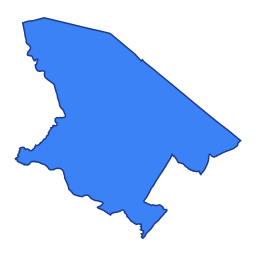 the district of Emurua Dikirr, Rift Valley, Kenya
{"feature_id": "3690345B94519254853834", "entity_name": "Emurua Dikirr", "entity_type": "district", "adm_level": 2, "iso_a3": "KEN", "parent_name": "Kenya", "parent_adm1": "Rift Valley", "projection": "mercator", "projection_center": [35.07, -1.004], "detail": "fine", "context": "isolated", "style": "filled", "palette": "blue", "viewbox_px": 256, "rotation_deg": 0, "n_neighbors": 0, "source": "geoboundaries", "source_scale": "gbopen_adm2", "svg_char_len": 5755}
<svg xmlns="http://www.w3.org/2000/svg" viewBox="0 0 256 256"><path d="M142.3,59.7L141.2,61.0L134.9,54.1L131.4,51.2L125.8,46.6L116.8,39.0L112.7,35.6L110.2,33.5L105.4,32.3L95.6,30.0L94.3,29.8L91.0,29.0L84.1,27.4L73.0,24.7L63.1,22.3L55.9,20.6L53.5,20.0L44.2,17.8L32.7,20.8L28.0,21.2L22.7,22.9L23.3,25.8L24.0,29.3L24.8,33.0L25.0,34.6L25.1,35.5L25.3,36.7L25.7,37.8L25.9,38.5L26.1,39.4L26.2,40.2L26.2,42.0L26.6,43.0L27.7,44.2L28.5,44.8L29.1,45.3L30.1,46.4L30.5,47.3L30.5,48.2L30.1,49.2L29.5,50.2L28.4,51.3L28.0,52.1L27.7,52.9L27.4,54.2L27.5,55.0L28.5,55.5L30.9,55.9L31.9,56.2L32.6,57.2L33.1,58.8L34.2,60.8L35.0,60.7L35.6,60.0L36.8,59.3L37.7,59.3L37.5,60.3L36.4,64.5L35.4,64.7L35.5,66.7L36.1,68.5L37.2,70.4L38.5,71.1L39.8,71.3L41.0,71.1L42.0,70.9L43.3,70.8L44.2,71.3L44.8,71.9L44.8,72.8L44.3,73.6L44.4,74.8L44.7,76.3L45.1,77.0L45.5,77.7L48.0,79.8L51.4,82.2L53.3,83.7L54.4,85.1L54.6,86.0L54.8,87.0L55.1,88.2L55.6,89.6L55.9,90.6L56.0,91.3L56.4,92.7L57.0,93.8L57.2,95.1L57.4,96.1L57.5,97.2L57.7,98.1L58.1,98.8L58.2,99.7L58.6,100.6L59.0,101.8L59.3,102.5L59.4,103.3L59.5,104.3L59.6,105.2L59.9,105.9L60.5,107.0L61.0,107.9L61.6,108.6L62.5,109.3L63.2,109.9L64.4,112.9L65.4,115.1L65.5,116.1L65.1,117.0L64.1,117.3L62.9,117.6L61.3,117.8L60.3,117.5L59.0,118.0L57.8,117.7L57.1,117.5L56.1,118.2L55.3,118.7L55.3,120.0L55.1,121.0L55.4,121.8L56.0,122.7L56.8,122.9L57.1,124.3L56.8,125.4L56.1,125.7L55.0,125.8L54.0,125.5L53.2,125.4L52.7,125.9L53.1,126.7L52.5,127.6L51.8,127.8L50.9,127.7L51.0,128.5L50.7,129.3L50.2,129.9L49.7,130.8L49.2,131.7L48.5,132.3L48.4,133.1L48.8,134.0L48.0,134.9L47.4,135.5L46.6,136.0L46.3,136.9L46.2,137.8L45.5,138.6L44.6,139.1L43.7,139.4L43.2,140.4L42.6,141.2L41.9,141.9L41.3,142.4L40.5,142.6L40.5,143.4L39.8,143.6L39.1,144.8L38.0,145.1L36.9,145.6L35.7,145.2L35.6,145.9L35.0,146.7L34.4,147.7L34.2,148.5L33.3,149.1L32.5,149.7L32.0,150.5L31.1,150.7L30.0,150.6L29.4,149.9L28.4,149.4L27.4,149.0L26.6,149.0L25.8,148.9L25.1,149.3L24.6,148.5L24.1,147.5L23.2,147.4L22.4,147.2L21.3,147.6L20.2,148.0L19.6,148.6L20.1,149.6L20.1,150.5L19.4,150.9L19.1,151.6L19.5,152.4L19.0,153.0L18.5,153.7L18.2,154.6L17.7,155.2L18.1,155.9L18.6,156.5L17.9,157.2L16.8,157.7L16.0,158.2L15.4,158.7L15.8,159.5L16.6,159.4L17.3,159.9L17.3,161.0L18.1,161.7L19.2,162.3L20.1,162.7L20.9,162.8L21.9,163.5L22.8,163.8L23.6,164.5L24.5,164.8L24.9,164.2L25.5,164.7L26.5,165.0L27.6,165.0L28.6,164.5L29.4,164.1L29.8,163.4L30.1,162.8L30.8,162.2L31.6,161.6L32.3,161.4L32.9,161.8L33.8,161.6L34.7,161.2L35.3,161.8L36.2,162.0L37.6,162.0L38.3,162.0L39.5,162.6L40.7,163.2L41.9,163.7L44.5,164.6L46.6,166.0L47.4,166.8L48.9,168.9L49.6,169.6L50.5,169.8L52.0,169.8L53.6,169.6L54.3,169.3L55.4,168.7L56.1,168.5L57.3,168.3L58.1,168.4L59.3,168.3L60.5,168.6L61.8,169.5L62.7,170.4L63.4,171.3L64.0,173.9L64.6,176.1L64.8,178.3L66.0,180.8L67.9,185.2L68.1,186.0L68.6,188.0L68.8,189.1L69.7,190.1L71.1,191.2L72.8,193.4L73.7,194.3L74.9,194.9L77.0,195.5L79.2,196.1L80.6,196.4L82.1,196.7L83.1,196.2L84.0,195.7L85.6,195.2L86.7,195.2L87.9,195.2L89.2,196.3L89.8,197.0L90.5,197.9L91.5,198.7L92.4,199.1L94.4,200.2L95.5,200.6L96.7,200.6L98.5,201.0L101.1,201.8L102.5,202.2L103.0,203.3L102.3,204.3L101.2,205.4L99.5,206.4L98.4,206.7L97.5,207.2L98.1,208.1L99.7,208.7L104.1,210.6L105.2,211.5L107.4,213.0L109.0,214.0L110.5,215.0L111.1,214.1L112.1,213.1L113.1,213.0L114.0,212.6L115.3,212.3L116.5,212.2L117.4,212.0L118.4,211.8L119.4,211.4L120.5,211.0L121.3,210.4L122.0,210.1L122.9,209.8L123.8,210.6L124.6,211.5L124.6,212.6L125.1,213.2L125.9,213.8L126.7,214.7L126.8,215.5L126.9,216.3L127.7,217.1L128.6,218.0L129.4,218.8L130.0,219.6L130.4,220.3L131.0,221.1L131.8,221.6L132.6,221.9L133.4,222.5L134.1,223.1L134.9,223.6L135.6,224.0L136.9,224.4L137.9,224.0L138.9,223.7L140.0,224.4L141.0,224.1L141.3,225.1L141.4,226.0L140.7,226.7L141.3,227.1L141.4,227.9L141.2,228.8L140.4,229.6L141.3,230.1L142.3,230.2L143.3,230.7L143.1,231.4L143.6,232.3L143.2,233.3L142.4,233.6L141.3,233.9L141.9,234.8L142.3,235.5L142.1,236.2L141.5,236.9L142.1,237.8L142.9,238.2L144.7,236.4L146.0,234.0L148.4,231.3L149.7,230.2L151.3,228.4L153.4,225.4L154.1,224.2L154.8,223.5L156.2,222.3L158.0,220.9L161.0,217.2L162.8,215.3L164.3,213.6L165.1,212.6L166.0,211.8L166.6,211.1L166.9,210.2L166.6,209.5L165.5,209.6L164.6,209.5L163.9,209.1L163.2,208.6L163.1,207.5L162.5,206.6L161.5,206.1L160.8,205.5L159.8,204.9L158.5,205.0L157.7,205.3L156.7,205.7L155.6,205.3L154.8,205.4L154.1,205.1L153.0,204.9L151.6,205.2L150.5,205.0L149.8,204.5L149.0,204.2L147.8,203.8L146.9,203.3L145.9,202.8L144.8,202.5L144.1,201.9L143.9,200.7L144.7,199.7L145.9,198.3L146.7,197.0L148.4,194.1L149.8,191.3L151.2,188.5L153.0,186.1L153.6,185.3L155.6,181.7L158.1,177.7L159.7,175.2L161.7,172.4L165.5,166.4L168.0,162.1L170.3,158.5L171.6,156.0L172.1,154.3L172.6,154.8L173.0,155.6L173.7,156.3L174.6,156.3L175.0,157.2L175.7,158.1L176.3,159.1L176.9,159.9L177.3,160.8L177.8,161.7L178.1,162.4L179.0,162.8L180.3,162.8L181.4,163.3L182.2,163.5L183.0,163.7L183.6,164.3L184.2,164.7L184.8,165.7L185.8,166.7L186.9,167.2L187.8,167.8L188.2,168.5L188.8,169.1L189.6,169.1L190.2,169.6L190.8,170.1L191.7,170.3L192.4,170.6L193.3,171.1L194.1,170.8L194.8,171.2L195.6,171.2L196.6,171.7L198.0,171.3L199.1,171.2L199.4,172.3L200.1,173.2L200.4,174.0L200.9,174.5L201.6,173.2L202.9,171.7L204.3,170.0L205.7,167.4L207.2,164.1L207.9,162.2L208.5,160.1L208.9,156.0L209.2,154.3L210.1,154.2L211.4,155.7L212.7,156.7L213.9,157.0L215.8,156.5L218.2,155.1L221.2,153.6L223.2,152.5L226.5,151.2L228.2,150.6L230.6,149.7L233.5,148.5L234.9,147.5L235.6,147.0L236.6,146.3L237.5,145.4L237.7,144.3L237.9,143.4L238.3,142.7L238.9,142.2L240.6,140.6L228.9,130.9L219.5,123.7L217.9,122.5L213.8,119.1L204.4,111.5L195.2,103.9L193.6,102.6L186.3,96.5L177.3,89.0L171.4,84.1L169.0,82.1L161.0,75.6L152.3,68.4L144.1,61.8L142.3,59.7Z" fill="#3b82f6" stroke="#1e3a8a" stroke-width="1.5"/></svg>